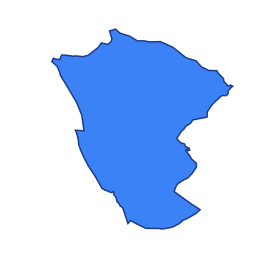 Girei, Adamawa, Nigeria, rotated 15°
{"feature_id": "59680162B61760155439631", "entity_name": "Girei", "entity_type": "district", "adm_level": 2, "iso_a3": "NGA", "parent_name": "Nigeria", "parent_adm1": "Adamawa", "projection": "albers", "projection_center": [12.503, 9.423], "detail": "fine", "context": "isolated", "style": "filled", "palette": "blue", "viewbox_px": 256, "rotation_deg": 15, "n_neighbors": 0, "source": "geoboundaries", "source_scale": "gbopen_adm2", "svg_char_len": 1913}
<svg xmlns="http://www.w3.org/2000/svg" viewBox="0 0 256 256"><g transform="rotate(15 128 128)"><path d="M195.6,212.8L197.4,211.5L200.0,209.1L202.1,207.3L205.3,202.5L208.2,200.5L216.1,192.6L218.8,188.2L208.2,184.8L189.1,177.5L189.2,173.7L189.6,171.8L190.3,169.2L193.6,165.3L195.3,163.7L198.6,160.9L201.4,155.9L204.2,148.1L203.3,144.5L197.3,141.4L194.4,138.4L190.4,135.6L189.3,134.5L190.4,133.2L190.8,133.2L191.1,133.7L191.8,134.5L193.4,133.4L192.1,131.6L188.4,131.1L186.7,128.8L182.5,128.6L179.1,126.4L177.7,125.5L178.9,122.1L179.8,119.3L180.3,117.5L181.4,116.0L182.3,114.6L182.9,113.1L183.3,111.3L185.3,109.5L187.4,106.9L188.5,103.4L201.5,97.0L201.0,94.2L200.4,92.0L202.1,86.5L203.8,82.6L205.8,79.3L209.3,73.7L211.0,72.0L212.9,71.8L214.5,71.2L215.8,69.3L215.5,67.7L215.1,66.4L216.6,63.2L218.3,60.6L216.4,60.0L213.8,61.5L208.7,58.3L207.5,55.8L206.8,55.2L201.0,51.8L198.9,49.7L191.1,51.5L183.1,49.9L176.4,45.5L166.0,45.2L150.7,38.5L149.0,38.2L142.0,36.9L137.1,36.3L136.9,36.2L126.8,39.2L120.7,39.7L115.7,41.1L114.5,41.4L105.7,38.9L95.4,38.4L90.4,35.7L85.1,39.0L89.4,46.1L89.2,48.7L87.0,52.4L80.3,52.7L78.2,58.2L70.7,68.0L66.2,70.7L58.9,71.9L56.3,72.9L52.4,73.3L47.9,74.0L45.0,74.7L44.4,79.6L40.1,80.1L37.9,79.9L37.2,83.5L43.7,86.8L45.1,88.7L47.5,91.6L49.2,94.8L61.3,106.3L72.1,117.0L80.1,127.7L86.2,142.1L77.7,143.8L79.3,145.7L82.6,151.3L84.8,156.9L88.2,161.9L92.6,167.4L99.8,175.2L102.2,177.3L103.7,178.6L108.1,182.5L108.4,182.8L108.5,182.8L115.8,190.3L118.7,193.2L120.1,193.4L120.3,193.5L120.6,193.5L121.1,193.6L121.6,193.9L122.5,194.0L123.7,194.1L126.0,194.4L127.3,194.6L128.4,194.7L128.8,194.6L129.3,194.3L130.2,193.3L131.0,194.4L131.5,195.5L131.5,196.0L134.6,198.4L136.3,201.9L139.1,203.4L140.5,205.3L143.4,206.3L144.9,208.4L152.6,220.2L154.5,216.8L159.1,217.9L170.9,220.3L176.5,219.0L184.1,217.0L186.5,216.9L189.2,215.9L191.7,214.6L195.6,212.8Z" fill="#3b82f6" stroke="#1e3a8a" stroke-width="1.5"/></g></svg>